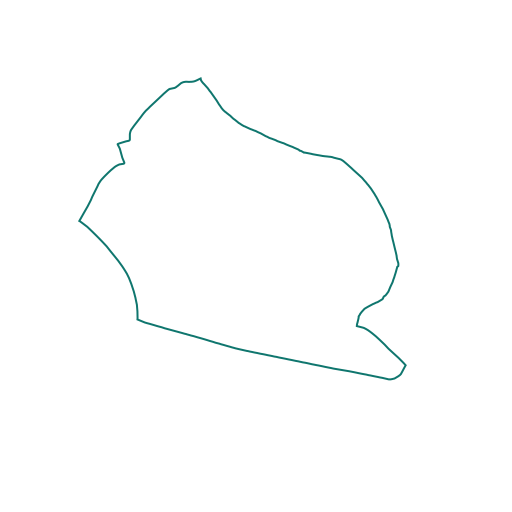 Bangkok Noi, Bangkok Metropolis, Thailand (Natural Earth projection), rotated 140°
{"feature_id": "78962969B69407198721734", "entity_name": "Bangkok Noi", "entity_type": "district", "adm_level": 2, "iso_a3": "THA", "parent_name": "Thailand", "parent_adm1": "Bangkok Metropolis", "projection": "natural_earth1", "projection_center": [100.469, 13.765], "detail": "fine", "context": "isolated", "style": "outline", "palette": "teal", "viewbox_px": 512, "rotation_deg": 140, "n_neighbors": 0, "source": "geoboundaries", "source_scale": "gbopen_adm2", "svg_char_len": 5469}
<svg xmlns="http://www.w3.org/2000/svg" viewBox="0 0 512 512"><g transform="rotate(140 256 256)"><path d="M211.6,76.1L211.7,78.9L211.8,80.3L212.3,86.3L213.2,92.9L214.1,99.8L214.4,105.5L215.2,112.7L215.8,117.4L216.7,122.2L217.3,124.9L217.9,127.2L218.6,129.2L219.5,131.4L220.2,132.5L223.8,137.5L222.7,138.6L221.9,139.2L221.6,139.4L221.4,139.5L218.0,142.0L216.8,143.0L216.2,143.7L215.3,144.0L214.5,144.2L213.5,144.6L213.2,144.8L212.9,144.8L212.0,145.0L211.1,145.2L210.5,145.3L206.8,145.8L204.8,145.5L202.6,145.1L197.3,144.0L196.1,143.6L193.7,143.0L193.3,142.8L192.5,142.5L187.5,141.7L186.8,141.7L186.1,141.8L185.0,142.5L183.3,142.8L182.4,142.5L180.3,142.9L177.5,143.6L172.7,146.1L168.3,148.1L166.4,149.3L166.0,149.6L165.4,149.9L164.2,150.6L163.8,150.8L163.4,151.1L159.8,153.4L154.7,156.9L153.6,156.8L153.1,157.2L152.2,158.2L151.5,159.2L151.3,159.7L149.9,163.1L149.7,163.4L148.6,165.2L148.3,165.5L148.2,165.8L147.9,166.3L146.6,168.8L144.5,173.1L142.9,176.3L142.1,177.9L141.7,178.7L141.1,180.0L138.9,184.3L138.2,185.4L137.4,186.8L136.6,188.1L136.2,188.6L135.7,189.6L134.9,192.0L134.6,192.6L134.4,192.8L133.8,193.7L133.6,194.1L133.5,194.4L133.2,194.8L132.7,196.5L132.6,196.8L132.5,197.1L131.8,199.1L129.2,208.4L129.1,208.7L129.0,209.3L128.8,209.6L128.7,210.1L127.2,218.1L126.6,220.5L125.9,223.9L125.7,225.4L125.6,226.0L125.4,227.0L124.9,231.2L124.6,233.8L124.5,236.5L124.4,238.6L124.5,238.9L124.4,241.8L124.5,244.3L124.5,247.1L124.5,247.6L125.1,252.1L126.1,259.2L126.3,261.0L126.4,262.0L126.8,264.6L127.1,266.8L127.5,269.4L127.8,271.1L128.0,272.4L128.7,274.8L129.1,275.6L129.4,276.1L129.9,276.8L130.6,277.7L133.2,281.3L134.1,282.8L134.4,283.1L135.0,283.9L136.2,285.1L137.7,286.7L139.0,288.0L140.2,289.3L140.6,289.7L141.0,290.2L143.4,293.1L143.7,293.4L146.7,297.0L147.5,298.0L147.8,298.5L150.3,301.6L152.6,304.4L152.8,304.4L153.9,307.4L154.5,308.2L154.8,308.6L154.7,308.8L155.2,310.5L157.4,314.9L157.8,315.9L159.3,318.5L161.2,322.1L161.3,322.3L161.4,322.6L162.3,324.5L163.2,325.9L165.8,330.3L166.1,331.1L166.2,331.4L167.0,333.0L167.7,334.2L168.2,335.1L168.4,335.5L169.6,337.4L169.9,337.9L170.8,340.2L171.4,341.3L171.6,341.7L173.0,345.5L173.2,345.9L173.4,346.6L174.8,349.4L174.9,349.6L176.0,352.2L176.5,352.9L178.2,356.1L178.5,356.5L179.5,358.6L181.0,361.8L181.3,362.5L181.8,363.3L182.6,365.5L183.5,368.6L183.7,368.9L183.8,369.5L183.9,370.2L184.6,373.8L185.1,375.7L185.5,379.0L185.5,379.6L186.2,382.7L186.2,382.9L186.4,383.6L186.5,384.2L186.6,384.7L186.6,384.9L186.9,386.1L187.0,386.5L187.3,388.8L187.3,390.9L187.3,391.3L187.0,394.0L186.9,395.5L186.9,395.8L186.3,399.8L186.2,400.6L185.3,411.3L185.4,411.5L185.4,411.9L185.1,415.5L185.3,421.5L185.4,421.9L185.4,423.9L185.2,425.9L184.3,427.6L188.3,428.6L189.7,429.0L190.8,429.4L192.0,430.0L193.7,431.1L195.9,432.9L197.4,434.3L198.2,434.9L198.7,435.2L199.4,435.6L199.8,435.8L200.2,436.0L201.2,436.3L201.9,436.5L202.6,436.6L203.9,436.6L206.5,436.6L207.7,436.7L208.6,436.7L209.4,436.9L210.2,437.0L214.1,439.1L214.6,439.4L214.9,439.4L215.2,439.6L215.6,439.6L217.0,439.7L217.7,439.7L222.5,439.6L228.9,439.2L241.5,438.5L243.3,438.3L244.9,438.2L246.9,438.1L249.5,437.7L252.0,437.2L254.8,436.5L265.5,434.2L269.8,433.1L270.6,432.9L271.3,432.5L271.5,432.5L272.6,431.8L273.9,430.8L274.5,430.2L275.6,428.9L277.7,426.4L278.0,426.1L278.4,426.0L278.7,425.9L279.1,426.0L279.5,426.1L281.7,427.3L287.8,429.9L289.5,430.5L289.8,430.6L290.0,430.6L290.3,430.3L291.0,427.0L291.4,425.6L295.2,417.3L295.4,416.7L296.8,412.3L296.9,412.1L297.1,411.9L297.4,411.7L297.7,411.7L298.0,411.7L301.4,413.7L301.5,413.8L302.6,414.2L303.9,414.5L305.3,414.8L307.0,415.0L308.2,415.0L311.7,415.0L312.2,415.0L315.7,414.8L319.4,414.5L321.5,414.3L324.7,413.9L326.4,413.6L327.8,413.2L329.1,412.8L330.1,412.5L331.2,412.0L332.4,411.4L340.2,408.0L343.4,406.6L346.5,405.0L347.2,404.7L352.9,402.3L360.8,399.4L368.8,396.4L368.6,395.9L367.8,392.6L366.5,386.8L365.8,380.5L365.2,374.2L364.6,366.6L364.2,359.4L364.4,353.3L364.5,346.5L364.6,341.1L364.8,338.3L365.1,334.2L365.4,331.6L365.8,328.6L366.3,325.4L367.5,320.6L369.5,314.7L372.4,307.4L375.4,301.1L375.5,301.0L378.6,295.2L382.5,289.7L386.7,284.5L387.6,283.6L383.9,276.5L382.5,274.4L381.0,272.3L378.6,268.7L376.9,266.1L375.8,264.5L374.1,262.1L372.4,259.3L371.2,257.6L362.1,244.5L360.7,242.4L359.7,241.1L359.3,240.4L357.5,237.8L357.0,237.0L355.3,234.7L353.0,231.2L351.2,228.6L349.0,225.3L347.3,222.7L346.1,220.8L344.4,218.3L343.7,217.2L343.0,216.0L342.4,215.1L342.1,214.7L341.6,214.0L340.5,212.5L339.4,210.7L338.2,209.0L336.0,205.7L334.4,203.4L333.1,201.4L332.1,200.0L331.1,198.5L329.9,196.9L328.7,195.3L327.7,194.0L323.9,189.0L323.5,188.6L322.0,186.6L320.7,185.0L319.0,182.8L317.5,181.0L315.6,178.5L313.5,176.0L312.0,174.1L310.7,172.4L308.9,170.2L307.8,168.8L306.6,167.2L305.2,165.6L303.5,163.3L302.1,161.6L299.6,158.5L297.5,155.8L295.7,153.6L292.9,150.0L291.3,148.1L290.4,146.9L288.4,144.3L287.0,142.7L285.8,141.2L284.2,139.1L282.7,137.1L281.3,135.4L279.7,133.4L278.6,132.1L277.1,130.2L275.6,128.3L274.7,127.1L272.3,124.1L270.5,121.9L269.6,120.7L268.9,119.8L268.3,119.1L258.5,107.6L258.1,107.1L255.6,104.0L254.1,102.1L252.7,100.3L251.1,98.3L249.3,96.1L247.7,94.2L246.4,92.4L245.1,90.9L243.4,88.7L242.2,87.2L240.5,85.1L239.2,83.4L238.1,82.1L237.6,81.5L234.3,77.1L233.9,76.5L233.6,76.2L233.2,75.8L232.9,75.6L232.5,75.2L231.7,74.7L231.0,74.3L228.6,73.1L225.5,72.6L224.3,72.4L222.7,72.3L222.2,72.3L221.8,72.3L221.2,72.4L220.6,72.5L219.7,72.9L218.6,73.3L214.7,74.9L211.6,76.1Z" fill="none" stroke="#0f766e" stroke-width="2"/></g></svg>